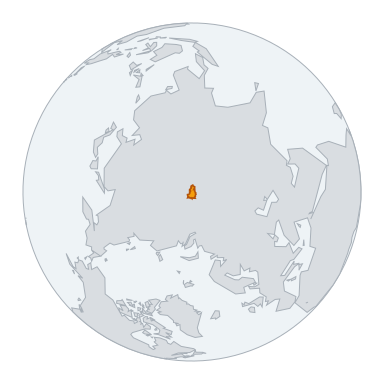 the Earth from above Kemerovo, rotated 202°
{"feature_id": "RUS-2401", "entity_name": "Kemerovo", "entity_type": "Region", "adm_level": 1, "iso_a3": "RUS", "parent_name": "Russia", "parent_adm1": "", "projection": "orthographic", "projection_center": [87.523, 54.5], "detail": "fine", "context": "on_globe", "style": "filled", "palette": "amber", "viewbox_px": 384, "rotation_deg": 202, "n_neighbors": 0, "source": "natural_earth", "source_scale": "10m", "svg_char_len": 14040}
<svg xmlns="http://www.w3.org/2000/svg" viewBox="0 0 384 384"><g transform="rotate(202 192 192)"><circle cx="192" cy="192" r="169" fill="#eef3f6" stroke="#a8b0b8"/><path d="M251.3,33.8L257.6,36.4L260.1,39.5L252.0,41.3L249.7,39.1L248.0,40.1L250.9,43.0L253.1,44.7L251.2,54.4L259.0,67.5L266.4,71.7L261.0,71.1L278.3,79.3L285.7,87.9L274.3,78.3L270.8,77.5L274.3,83.1L271.4,83.6L271.5,86.7L267.8,86.8L261.4,81.5L258.9,81.6L261.5,85.6L259.4,88.5L256.0,82.5L252.0,87.1L240.6,79.8L234.3,64.9L224.9,62.2L210.3,50.7L208.6,52.4L202.0,49.6L197.6,50.6L196.2,48.5L193.8,51.2L196.0,53.0L195.7,54.9L193.3,55.8L191.0,53.1L191.9,52.3L190.0,52.0L189.9,50.3L188.6,51.6L186.1,48.5L185.0,52.9L180.0,51.5L179.4,49.1L184.1,47.6L194.5,39.4L195.4,37.0L191.7,34.9L174.9,34.1L173.8,32.4L169.0,31.4L167.4,32.9L170.6,34.3L166.4,37.2L170.9,38.9L169.8,40.5L172.5,43.2L167.0,44.7L160.2,44.8L157.7,42.7L154.6,42.8L152.9,46.6L144.2,44.8L131.6,47.4L129.9,46.9L134.0,42.3L144.5,37.6L149.9,32.8L141.2,38.0L137.1,37.1L134.3,38.0L131.5,39.4L131.0,40.7L128.5,41.0L136.2,35.7L138.5,35.3L136.1,36.9L141.0,34.8L146.1,31.7L143.7,31.8L154.0,28.1L152.4,28.2L153.7,27.6L155.6,27.6L152.4,27.8L155.3,27.1L167.3,24.9L179.4,23.5L191.6,23.0L203.8,23.5L216.0,24.7L228.0,26.9L239.8,29.9L251.3,33.8ZM334.7,101.5L333.7,100.2L333.0,99.0L334.7,101.5ZM333.9,100.8L334.1,100.9L334.1,101.1L333.9,100.8ZM334.5,101.8L334.1,101.1L334.7,102.1L334.5,101.8ZM335.4,103.5L334.9,102.5L335.0,102.7L335.4,103.5ZM336.3,105.5L336.5,106.0L335.9,104.9L336.3,105.5ZM254.6,45.5L251.2,43.1L249.7,40.4L252.9,42.4L254.6,45.5ZM257.1,51.3L254.7,50.1L256.8,48.7L257.5,49.8L257.1,51.3ZM272.4,74.8L270.2,71.9L273.3,74.6L272.4,74.8ZM272.2,87.1L273.7,87.8L273.1,89.1L272.2,87.1ZM175.4,42.3L174.0,42.7L174.2,41.9L175.4,42.3ZM177.8,43.1L179.1,41.9L180.5,42.1L179.7,42.8L177.8,43.1ZM266.8,90.6L265.3,92.6L265.7,89.6L266.8,90.6ZM176.0,44.5L182.7,42.7L185.1,43.1L184.0,46.4L176.0,44.5ZM263.8,93.3L260.3,98.6L263.4,100.6L252.6,98.3L259.1,94.3L259.1,90.2L261.2,92.9L263.8,93.3ZM197.7,53.2L195.3,51.4L199.6,52.2L197.7,53.2ZM200.5,53.3L214.0,53.6L216.3,57.1L211.4,56.1L216.2,60.1L210.7,61.6L206.8,59.7L206.4,57.2L204.6,59.7L200.5,53.3ZM247.2,96.3L245.4,96.9L246.1,95.3L247.2,96.3ZM195.9,55.7L198.4,55.4L200.7,58.3L196.0,59.5L196.8,58.1L195.9,55.7ZM220.2,60.6L221.0,63.0L216.8,64.9L216.5,66.1L210.8,61.9L220.2,60.6ZM195.1,57.9L193.6,60.0L190.4,59.5L193.6,56.2L195.1,57.9ZM203.2,58.6L204.0,60.0L202.0,59.6L203.2,58.6ZM178.1,59.3L181.0,58.6L182.4,60.0L178.1,59.3ZM193.3,60.9L194.4,61.1L195.3,61.6L193.7,62.9L193.3,60.9ZM208.2,63.6L206.3,63.9L210.4,65.4L207.4,67.0L204.1,64.0L204.3,65.9L203.4,66.4L201.7,63.4L208.2,63.6ZM194.8,65.9L189.6,62.8L183.8,63.6L182.4,62.4L192.0,61.3L194.8,65.9ZM199.0,64.7L196.1,65.1L195.8,63.2L197.6,61.7L199.0,64.7ZM206.5,69.2L212.0,67.5L212.5,68.3L206.5,69.2ZM193.2,66.4L194.5,67.2L192.8,66.7L193.2,66.4ZM202.5,68.7L204.3,68.0L204.9,68.9L202.5,68.7ZM195.5,69.3L193.8,68.3L195.0,67.2L195.5,69.3ZM198.7,69.4L199.1,70.7L196.4,67.5L199.5,68.9L198.7,69.4ZM202.7,69.7L203.6,69.9L201.9,69.9L202.7,69.7ZM192.0,74.1L188.4,70.3L191.0,67.9L194.1,71.9L192.0,74.1ZM32.6,248.2L31.2,243.4L26.3,220.8L27.1,215.9L26.7,209.9L25.3,204.7L25.2,197.5L24.7,193.6L24.3,171.4L26.4,158.4L34.3,132.3L36.0,130.6L40.2,123.5L55.1,127.9L53.9,136.1L60.6,155.2L60.7,158.9L55.1,162.8L56.3,186.2L62.3,185.8L68.2,203.2L75.2,211.3L86.1,202.3L74.8,188.8L77.5,180.6L90.4,186.4L101.1,198.5L102.5,195.7L99.7,183.5L106.3,181.9L99.3,178.9L99.1,183.3L94.7,181.7L94.6,177.6L96.9,177.1L94.9,172.5L84.4,176.5L83.1,181.4L75.2,173.1L72.3,180.7L68.7,180.5L72.3,167.7L75.1,165.2L78.4,147.6L74.8,149.4L71.4,166.3L70.7,163.0L65.8,166.2L68.9,161.2L73.6,142.8L69.2,134.8L56.5,134.0L55.4,128.8L57.7,120.8L69.4,112.9L70.5,125.7L74.7,123.5L80.5,115.0L80.4,119.7L82.9,117.9L83.9,122.6L91.3,123.9L93.3,128.1L101.9,123.9L104.1,125.6L98.4,127.6L95.4,131.4L101.0,142.4L103.7,143.1L108.9,139.5L109.8,143.2L114.1,138.4L120.1,143.0L116.4,133.6L122.4,129.7L129.1,130.1L130.5,127.2L119.5,126.7L115.7,128.0L113.5,131.8L102.6,134.7L99.4,132.1L108.3,123.0L104.8,118.4L113.3,113.8L137.8,117.4L145.1,121.7L145.0,137.7L140.0,139.0L137.6,133.7L134.5,142.5L137.3,139.9L138.0,143.1L144.0,140.6L144.8,142.7L149.1,136.8L150.7,139.2L147.9,142.9L158.1,141.7L163.0,146.0L165.0,144.7L165.6,142.1L171.5,149.5L172.6,148.2L171.1,145.3L172.5,141.0L177.1,136.4L178.9,139.2L177.4,141.2L177.1,149.9L173.0,155.2L174.2,155.9L178.2,152.0L178.6,141.4L180.9,137.8L181.4,142.7L181.4,140.7L183.1,139.8L186.4,141.7L186.2,136.3L202.4,124.2L210.5,126.9L209.2,132.4L222.4,127.9L230.5,132.0L229.1,129.2L234.5,125.6L232.0,124.3L231.8,122.7L244.5,113.6L248.9,113.9L252.8,107.5L252.1,106.1L249.1,105.5L252.6,98.3L263.4,100.6L264.5,103.5L270.5,103.2L272.0,110.0L276.1,115.8L274.3,123.8L277.7,127.9L279.7,127.4L285.8,132.8L291.4,146.4L278.1,137.7L267.9,119.2L271.3,126.8L267.9,125.9L267.5,129.2L270.2,134.6L272.1,134.7L262.9,148.8L264.1,165.5L270.3,161.6L275.6,164.1L282.3,181.2L275.5,210.2L282.4,215.2L283.7,219.8L279.7,224.8L277.7,218.2L272.4,217.7L271.8,213.3L264.6,219.6L263.6,213.7L258.5,221.8L261.9,225.6L268.6,222.0L264.7,231.9L273.2,237.0L275.6,245.9L266.0,265.6L254.1,273.9L253.7,276.7L248.3,275.0L242.1,281.7L253.1,293.4L253.1,297.3L242.6,306.9L242.2,304.3L227.8,299.8L225.8,309.2L236.8,314.5L240.6,321.5L232.5,320.7L228.5,314.4L223.4,312.6L224.3,304.8L219.1,293.2L210.9,296.2L211.0,291.1L202.6,280.6L190.5,284.0L171.6,296.4L169.8,308.5L163.0,312.6L152.7,293.3L151.6,280.1L145.7,279.9L136.9,265.7L115.6,256.6L114.5,252.1L110.1,251.7L104.2,244.5L103.2,237.2L98.8,234.9L101.9,254.1L106.9,256.6L113.7,253.8L113.4,259.6L119.3,267.4L105.9,274.1L77.4,267.0L77.9,257.0L73.1,219.1L75.1,216.8L75.2,216.4L75.3,215.7L71.5,218.8L71.8,211.4L70.8,236.1L69.3,244.4L76.9,267.3L75.4,267.6L78.9,273.3L93.9,279.8L93.3,282.6L84.2,290.2L66.2,291.2L70.5,302.4L72.4,308.6L65.5,303.6L69.8,308.7L61.9,299.8L54.6,290.3L48.0,280.4L42.1,270.0L37.0,259.2L32.6,248.2ZM44.9,131.7L43.2,133.3L44.9,131.7ZM109.0,217.7L117.5,223.9L119.4,213.4L122.9,215.0L122.3,211.0L119.5,212.6L118.9,201.9L124.7,202.1L126.6,198.0L123.8,195.7L113.3,197.2L114.2,212.3L109.7,214.2L109.0,217.7ZM136.7,37.5L136.0,37.9L133.0,39.2L134.0,38.3L136.7,37.5ZM122.0,47.4L118.4,47.7L121.7,46.7L122.4,45.4L130.2,41.9L129.5,46.5L128.4,44.9L122.0,47.4ZM140.5,39.0L135.6,40.4L140.9,38.7L140.5,39.0ZM95.8,104.5L94.2,107.6L90.9,108.4L88.5,103.8L93.2,102.6L95.8,104.5ZM92.7,112.0L102.2,104.7L104.1,107.6L101.4,107.1L101.7,109.7L97.5,109.8L90.0,120.0L86.6,121.3L83.9,111.6L86.7,113.9L88.1,110.6L92.7,112.0ZM123.1,83.9L127.2,81.5L126.0,90.6L122.3,91.8L119.6,87.1L122.4,82.9L123.1,83.9ZM172.8,51.0L174.4,50.0L175.1,50.7L174.2,52.1L172.8,51.0ZM179.3,58.8L166.1,56.2L167.4,54.9L158.2,55.3L157.9,52.0L163.8,51.8L156.7,49.8L162.0,48.3L156.8,47.4L170.1,47.2L174.5,46.1L169.7,48.6L169.9,51.5L171.3,52.5L178.6,54.3L188.3,53.5L190.0,56.6L188.6,59.0L186.5,59.7L186.1,57.4L183.7,59.9L181.4,57.2L179.3,58.8ZM171.7,89.2L172.0,85.6L166.8,91.5L164.5,88.2L164.1,89.1L160.5,87.8L155.4,87.9L155.1,86.1L153.3,86.9L150.9,86.2L148.2,86.7L146.7,83.8L143.4,84.3L144.6,82.7L139.2,84.4L142.5,81.8L139.7,80.8L138.0,83.8L136.2,68.1L132.9,64.0L128.3,62.0L134.6,58.3L142.9,57.9L151.2,59.8L153.5,64.5L155.9,62.2L157.7,63.8L155.1,65.0L160.3,64.1L161.0,65.8L168.4,68.4L175.5,66.5L178.3,67.5L176.0,69.2L180.5,69.1L178.0,73.0L180.0,73.9L179.5,78.7L173.8,81.6L176.5,82.4L176.2,86.3L171.7,89.2ZM191.6,75.5L185.3,79.3L181.0,79.5L183.6,71.0L182.1,69.7L183.7,64.6L189.9,64.5L188.9,65.9L189.4,67.3L187.2,66.8L189.3,68.3L188.0,70.4L189.2,72.1L186.8,72.8L191.6,75.5ZM63.6,159.5L64.2,161.8L65.8,164.7L62.7,166.8L63.6,159.5ZM66.6,146.9L67.5,148.3L64.0,152.5L63.4,150.2L66.6,146.9ZM71.1,145.8L67.9,148.1L69.3,145.5L71.1,145.8ZM99.6,128.8L100.9,130.2L99.9,131.4L97.7,131.8L99.6,128.8ZM155.7,107.0L156.6,104.7L157.7,104.7L162.4,101.0L164.5,103.3L162.4,106.4L155.7,107.0ZM82.5,202.1L78.7,202.0L78.4,199.7L79.8,200.2L82.5,202.1ZM68.9,184.0L70.5,189.7L68.0,184.5L68.9,184.0ZM158.7,108.9L160.4,107.0L160.4,109.3L158.7,108.9ZM166.2,104.8L166.7,107.2L165.3,103.1L166.2,104.8ZM93.8,323.7L92.7,328.3L86.6,323.9L82.7,320.1L81.2,315.9L87.3,319.0L89.5,318.0L93.8,323.7ZM278.9,324.0L283.2,322.3L283.0,322.7L278.9,324.0ZM274.5,324.8L279.5,322.7L273.5,326.0L274.5,324.8ZM281.5,321.8L286.6,318.6L288.9,316.8L288.4,317.8L281.5,321.8ZM270.9,326.2L251.3,332.7L243.4,333.7L245.4,331.8L258.2,328.6L270.9,326.2ZM244.8,331.9L232.5,330.2L214.7,318.3L221.1,317.9L239.5,323.8L238.3,325.5L245.8,327.4L244.8,331.9ZM274.0,314.8L272.7,319.3L262.1,322.8L257.1,323.8L253.7,319.3L255.6,315.9L259.7,314.8L274.9,298.9L280.3,299.3L275.8,305.6L280.2,307.8L274.0,314.8ZM170.6,309.7L174.8,316.9L171.0,317.5L170.6,309.7ZM280.4,288.5L274.7,296.0L279.8,287.0L280.4,288.5ZM283.1,280.6L283.7,283.1L281.0,281.6L283.1,280.6ZM254.1,280.7L249.8,282.5L249.4,280.5L254.7,277.0L254.1,280.7ZM277.4,253.2L278.3,259.6L277.9,262.0L275.4,259.0L277.4,253.2ZM178.7,127.6L169.8,130.1L164.8,133.8L164.1,138.7L161.3,133.0L169.0,127.3L178.7,127.6ZM199.3,124.2L199.9,120.2L202.1,121.4L202.3,122.5L199.3,124.2ZM197.9,122.2L193.8,118.3L195.8,115.7L198.6,119.3L197.9,122.2ZM176.0,113.2L173.2,113.7L173.3,111.7L176.0,113.2ZM259.7,346.8L258.1,346.4L260.1,345.6L261.0,343.5L279.4,333.3L293.2,321.0L301.4,315.9L308.9,306.6L316.7,300.5L313.2,306.3L320.0,301.3L328.0,287.7L328.8,291.1L329.5,290.2L321.5,300.5L312.8,310.1L303.4,319.0L293.3,327.2L282.6,334.6L271.4,341.1L259.7,346.8ZM351.9,246.6L351.7,247.3L352.2,245.8L352.2,245.7L351.9,246.6ZM289.6,319.0L295.9,313.0L299.0,310.9L289.6,319.0ZM351.5,247.7L350.5,250.1L350.8,249.3L351.5,247.7ZM351.8,246.3L351.9,245.9L352.1,246.0L351.8,246.3ZM350.3,249.3L351.3,247.7L350.1,249.8L350.3,249.3ZM349.5,251.2L348.6,252.6L348.7,252.2L349.5,251.2ZM336.5,272.9L340.2,271.1L336.6,276.2L332.8,278.8L328.8,285.6L320.2,293.7L322.5,290.1L321.6,288.5L312.1,295.3L310.2,294.9L313.8,291.0L307.2,294.2L314.5,288.1L317.2,289.8L321.2,283.4L327.6,278.2L333.5,273.2L337.7,270.5L336.5,272.9ZM314.0,296.5L315.2,295.5L314.1,297.5L314.0,296.5ZM346.9,254.3L348.2,253.3L347.9,254.0L347.2,255.1L346.9,254.3ZM338.7,268.6L343.5,259.2L344.5,257.7L341.3,265.5L338.7,268.6ZM342.6,258.8L344.5,256.2L345.4,256.3L345.0,257.4L342.6,258.8ZM299.3,303.4L298.9,304.6L296.9,305.0L299.3,303.4ZM301.8,301.2L307.6,298.5L301.3,302.4L301.8,301.2ZM283.2,307.4L285.0,309.2L290.9,304.6L286.4,309.3L290.1,311.4L288.7,313.6L285.0,311.1L283.4,316.4L280.8,317.5L279.5,314.3L282.3,308.0L284.9,304.6L295.3,298.3L283.2,307.4ZM301.9,298.0L300.3,295.8L301.4,292.9L303.2,293.6L301.9,298.0ZM295.2,290.5L290.6,288.7L286.7,292.3L294.3,282.4L297.5,285.8L295.2,290.5ZM290.8,283.3L287.2,286.7L290.7,281.3L290.8,283.3ZM286.1,285.7L285.3,282.9L288.3,281.9L286.1,285.7ZM292.7,282.5L292.9,276.9L294.7,279.2L292.7,282.5ZM283.2,276.5L290.2,278.6L281.6,280.4L279.7,270.0L283.3,268.1L283.2,276.5ZM293.4,220.1L291.7,217.1L294.5,214.4L294.9,217.2L293.4,220.1ZM302.0,203.6L294.6,212.7L288.5,220.2L291.1,220.5L291.0,227.4L286.3,223.7L289.5,214.2L294.4,209.7L293.7,204.0L296.5,198.0L293.6,192.0L294.4,188.0L298.4,192.1L302.0,203.6ZM292.2,189.6L288.3,178.0L294.2,175.8L296.4,177.8L295.7,184.0L292.6,184.8L292.2,189.6ZM289.0,174.6L286.0,175.3L273.9,161.5L272.8,158.1L285.1,167.0L283.0,168.2L284.9,172.1L289.0,174.6ZM246.7,98.2L245.5,97.1L247.4,97.4L246.7,98.2ZM230.3,122.0L230.3,119.9L232.5,120.2L230.3,122.0ZM231.4,114.4L228.9,115.5L230.8,113.2L231.4,114.4ZM223.4,118.3L227.6,115.4L224.7,119.9L223.4,118.3Z" fill="#d9dde1" stroke="#a8b0b8" stroke-width="1"/><path d="M193.6,185.3L193.7,185.2L193.8,185.1L193.8,185.4L194.0,185.4L194.0,185.5L193.9,185.5L193.6,185.7L193.6,185.8L193.8,186.0L193.7,186.2L193.7,186.3L193.8,186.3L194.0,186.4L194.2,186.5L194.3,186.5L194.5,186.7L194.5,186.8L194.6,187.0L194.8,187.1L194.8,187.3L194.9,187.6L195.0,187.7L194.9,187.8L195.0,187.8L195.2,188.0L194.9,188.2L194.8,188.3L194.7,188.4L194.6,188.5L194.3,188.7L193.9,189.0L193.7,189.4L193.6,189.5L193.5,189.8L193.6,190.0L193.7,190.3L193.7,190.5L193.8,190.5L194.0,190.6L193.9,190.8L194.0,190.9L194.1,191.0L193.9,191.2L193.9,191.3L193.9,191.7L193.8,191.8L193.8,192.0L193.7,192.2L193.6,192.3L193.7,192.5L193.8,192.5L194.0,192.5L194.0,192.4L194.3,192.2L194.5,192.4L194.5,192.5L194.8,192.4L194.8,192.5L194.9,192.9L194.9,193.0L194.6,193.1L194.5,193.3L194.6,193.5L194.8,193.6L194.9,193.8L195.0,193.8L194.9,194.0L194.7,194.1L194.6,194.4L194.4,194.6L194.4,194.8L194.4,195.0L194.2,195.1L194.2,195.3L194.3,195.4L194.5,195.4L194.7,195.7L194.6,195.8L194.7,196.0L194.5,196.3L194.4,196.4L194.5,196.5L194.8,196.6L194.8,196.8L195.0,196.8L195.1,197.0L194.9,197.2L194.7,197.2L194.7,197.3L194.8,197.5L194.7,197.7L194.6,197.8L194.5,198.0L194.4,198.0L194.2,198.2L194.1,198.3L194.1,198.6L193.9,198.7L193.8,198.8L193.7,198.8L193.5,198.5L193.6,198.3L193.6,198.2L193.4,198.0L193.2,198.1L193.0,197.9L192.9,197.9L192.7,197.8L192.4,197.9L192.3,198.0L192.2,198.0L192.1,197.9L191.7,197.9L191.7,197.7L191.4,197.7L191.4,197.3L191.3,197.2L191.2,197.3L191.1,197.1L191.0,196.8L191.1,196.7L191.1,196.4L191.2,196.2L190.9,196.2L190.7,196.0L190.6,195.9L190.5,195.7L190.8,195.6L191.1,195.2L190.9,195.1L191.0,195.1L191.1,194.9L190.8,195.0L190.7,195.0L190.3,194.8L190.3,194.7L190.2,194.6L190.0,194.4L190.1,194.2L189.9,193.8L189.7,193.8L189.7,193.7L189.3,193.3L189.2,193.3L189.0,193.1L188.9,193.0L188.7,192.8L188.7,192.7L188.5,192.8L188.4,192.8L188.4,192.7L188.0,192.0L187.9,192.0L187.6,191.6L187.8,191.5L187.8,191.4L187.7,191.3L187.6,191.2L187.8,191.0L187.8,190.9L187.7,190.6L187.6,190.4L187.6,190.0L187.6,189.9L187.5,189.7L187.6,189.3L187.4,189.3L187.4,189.2L187.3,189.3L187.2,189.3L187.2,189.2L187.4,189.1L187.4,188.9L187.4,188.6L187.2,188.4L187.2,188.2L187.2,187.9L187.1,187.7L187.1,187.4L186.9,187.3L187.7,187.0L187.8,187.0L188.0,187.1L188.0,186.9L188.3,186.8L188.5,186.9L189.0,186.8L188.8,186.7L189.2,186.5L189.2,186.4L189.3,186.3L189.3,186.2L189.4,186.3L189.5,186.2L189.8,185.9L189.9,185.7L190.0,185.7L190.1,185.8L190.4,185.9L190.5,185.8L190.6,185.7L190.8,185.8L191.0,185.9L191.2,186.0L191.4,186.0L191.4,185.9L191.4,185.7L191.6,185.6L191.8,185.8L192.0,185.7L192.4,186.0L192.7,185.7L192.9,185.6L193.0,185.5L193.3,185.2L193.6,185.3Z" fill="#f59e0b" stroke="#b45309" stroke-width="1.5"/></g></svg>